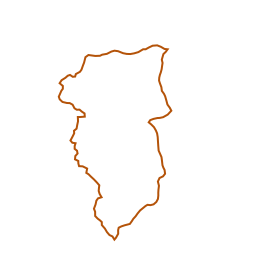 the district of Ubarana, São Paulo, Brazil, rotated 144°
{"feature_id": "56859067B24537762234151", "entity_name": "Ubarana", "entity_type": "district", "adm_level": 2, "iso_a3": "BRA", "parent_name": "Brazil", "parent_adm1": "São Paulo", "projection": "robinson", "projection_center": [-49.743, -21.216], "detail": "fine", "context": "isolated", "style": "outline", "palette": "amber", "viewbox_px": 256, "rotation_deg": 144, "n_neighbors": 0, "source": "geoboundaries", "source_scale": "gbopen_adm2", "svg_char_len": 2051}
<svg xmlns="http://www.w3.org/2000/svg" viewBox="0 0 256 256"><g transform="rotate(144 128 128)"><path d="M188.1,116.2L187.1,113.8L186.6,110.6L185.8,106.6L185.2,102.2L184.9,98.5L186.9,96.4L188.7,94.3L189.7,91.4L190.1,87.5L193.6,88.7L196.3,87.8L199.2,85.2L203.0,82.7L203.8,79.6L206.3,76.1L205.8,72.5L205.0,69.9L204.5,67.3L206.2,64.9L205.8,60.2L206.2,56.2L205.9,52.3L204.3,49.4L204.6,45.7L202.2,46.3L198.1,48.2L196.0,51.2L194.1,52.8L191.2,52.3L188.0,51.3L182.9,49.3L179.6,50.4L177.1,51.4L173.7,52.1L170.5,53.2L166.6,54.2L163.0,54.4L159.7,54.6L157.4,54.4L155.2,52.4L152.2,51.2L148.6,51.5L145.5,53.0L143.2,55.5L141.5,57.9L139.7,60.1L136.9,63.1L135.3,67.1L131.9,69.0L128.1,68.3L124.9,69.2L123.1,72.5L122.7,75.1L122.0,77.6L119.5,82.0L118.0,84.8L117.4,87.5L116.5,91.7L114.0,95.8L111.6,99.6L109.3,103.2L107.6,106.6L106.9,109.6L106.5,113.4L107.1,117.2L107.9,120.4L105.4,121.3L102.1,120.4L98.4,118.8L96.4,117.5L93.2,116.1L88.0,115.5L82.8,116.5L82.3,119.7L82.3,123.8L80.8,127.7L79.3,131.8L78.8,134.5L78.8,138.1L77.0,141.4L75.9,145.4L75.0,148.1L73.1,150.4L71.0,152.2L68.8,153.7L66.2,155.8L63.8,158.3L61.8,160.3L60.5,163.4L55.9,167.0L52.8,167.4L49.7,168.4L52.0,170.5L53.7,174.4L55.8,177.7L59.7,180.1L63.9,180.9L67.4,181.3L69.5,182.8L75.0,183.3L79.2,184.8L82.7,186.5L85.5,188.7L88.0,191.4L90.9,196.0L93.5,198.5L96.5,199.6L101.5,200.4L105.8,202.5L108.2,202.9L112.1,205.5L117.1,210.3L120.8,210.3L125.1,206.7L127.6,205.1L131.4,202.5L133.9,201.7L138.5,202.3L140.5,200.7L142.6,201.9L143.7,205.0L146.0,205.7L149.1,205.4L153.6,205.7L157.0,204.4L156.0,200.3L157.7,198.0L160.0,197.3L163.2,195.4L165.6,194.0L166.4,191.3L165.7,187.6L162.7,184.1L160.5,182.4L159.1,179.4L159.7,175.4L158.7,172.9L156.4,171.3L155.7,168.3L154.6,165.3L156.3,162.6L159.9,164.8L162.1,166.4L164.5,162.8L167.4,160.2L170.0,157.7L173.3,157.5L174.7,155.3L178.2,153.5L181.9,151.7L181.7,148.8L179.4,146.5L181.7,144.8L183.4,142.5L182.6,139.6L183.8,137.0L187.1,136.3L189.3,133.8L187.6,130.6L189.0,128.5L190.0,125.9L187.2,123.6L184.9,119.2L188.1,116.2Z" fill="none" stroke="#b45309" stroke-width="2"/></g></svg>